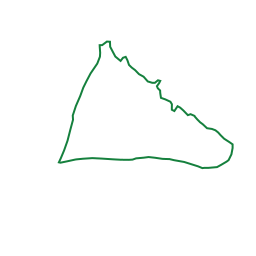 outline of Fenetoe, Grand Kru, Liberia, rotated 235°
{"feature_id": "62588387B87662048762198", "entity_name": "Fenetoe", "entity_type": "district", "adm_level": 2, "iso_a3": "LBR", "parent_name": "Liberia", "parent_adm1": "Grand Kru", "projection": "orthographic", "projection_center": [-8.376, 4.908], "detail": "fine", "context": "isolated", "style": "outline", "palette": "green", "viewbox_px": 256, "rotation_deg": 235, "n_neighbors": 0, "source": "geoboundaries", "source_scale": "gbopen_adm2", "svg_char_len": 1314}
<svg xmlns="http://www.w3.org/2000/svg" viewBox="0 0 256 256"><g transform="rotate(235 128 128)"><path d="M44.0,192.0L47.1,197.6L51.6,202.2L54.6,204.3L58.2,203.0L64.1,200.6L69.1,199.7L72.6,199.3L76.0,198.3L79.1,196.2L82.5,192.6L88.2,191.4L91.5,190.3L92.3,190.2L95.1,189.7L98.8,189.3L99.8,189.4L103.4,187.2L104.2,184.4L110.6,183.4L114.8,182.4L117.4,181.1L115.3,175.7L117.8,174.4L119.0,175.2L122.3,177.6L125.2,177.8L130.0,175.0L133.8,172.3L138.2,174.5L140.3,175.8L143.4,175.2L145.7,175.7L146.9,179.2L148.1,181.4L149.9,179.9L149.6,176.0L151.1,173.8L154.8,170.9L161.1,170.2L165.8,167.9L171.4,167.0L175.4,165.7L179.1,165.0L183.9,166.4L187.6,166.9L188.4,164.2L187.2,160.4L193.8,158.6L199.5,159.3L204.8,160.0L209.0,162.7L210.9,160.3L210.7,154.4L212.1,152.3L210.7,151.4L205.5,148.3L202.5,145.9L198.4,139.8L194.2,128.7L190.2,120.9L186.7,114.5L181.6,107.2L175.9,97.9L169.9,89.9L166.3,87.7L159.6,79.7L152.3,71.2L146.3,62.8L141.7,55.5L139.5,51.7L138.3,52.8L135.5,59.3L132.4,66.7L131.8,67.9L128.7,73.4L123.8,81.5L118.2,88.7L110.9,97.8L106.2,103.8L101.6,110.2L99.5,113.6L98.5,117.2L94.7,123.8L92.4,128.2L88.1,133.1L82.9,138.6L81.3,140.7L78.7,144.2L75.3,147.2L68.0,154.5L59.8,160.8L56.4,163.4L52.5,165.9L51.6,167.6L49.4,170.7L44.9,178.5L44.4,183.2L43.9,189.6L44.0,192.0Z" fill="none" stroke="#15803d" stroke-width="2"/></g></svg>